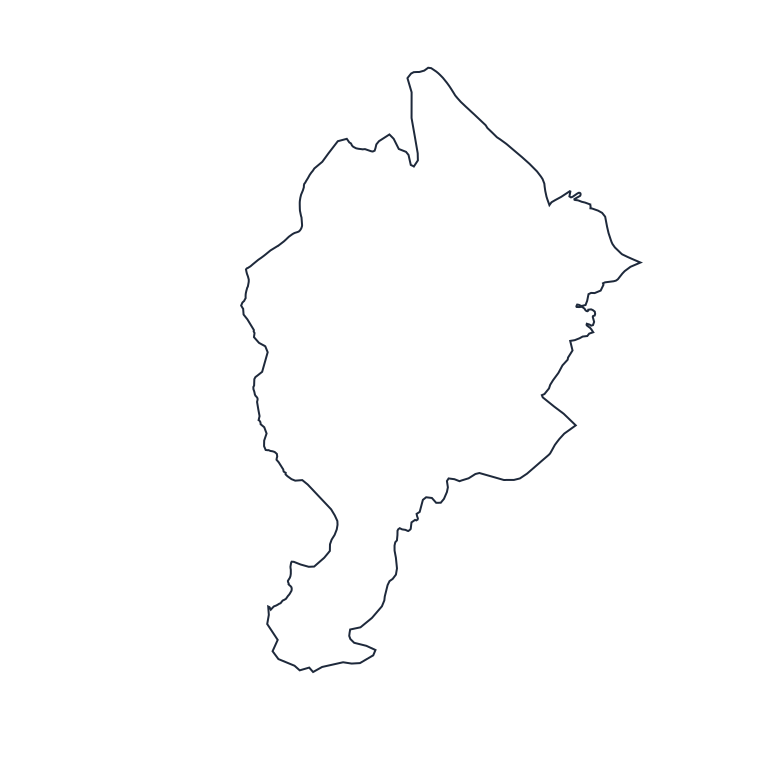 outline of Penukal Abab Lematang Ilir, Sumatera Selatan, Indonesia, rotated 305°
{"feature_id": "22746128B2393542990028", "entity_name": "Penukal Abab Lematang Ilir", "entity_type": "district", "adm_level": 2, "iso_a3": "IDN", "parent_name": "Indonesia", "parent_adm1": "Sumatera Selatan", "projection": "orthographic", "projection_center": [103.991, -3.208], "detail": "fine", "context": "isolated", "style": "outline", "palette": "slate", "viewbox_px": 768, "rotation_deg": 305, "n_neighbors": 0, "source": "geoboundaries", "source_scale": "gbopen_adm2", "svg_char_len": 6009}
<svg xmlns="http://www.w3.org/2000/svg" viewBox="0 0 768 768"><g transform="rotate(305 384 384)"><path d="M590.9,248.7L591.3,246.5L591.5,245.3L580.0,240.6L575.9,240.3L572.1,241.8L570.0,242.4L569.8,242.5L568.2,241.6L567.9,241.3L567.3,240.0L565.5,233.7L563.9,231.8L563.9,231.7L562.0,228.1L561.1,226.0L560.8,223.9L560.7,222.2L561.1,220.8L562.1,219.0L562.0,217.0L563.5,212.9L556.4,206.9L541.1,206.2L530.6,206.0L520.6,203.3L517.8,203.4L515.5,203.2L512.7,203.2L509.0,203.6L505.3,203.8L503.9,204.0L502.2,203.9L500.7,204.5L499.2,205.5L496.1,206.5L491.5,207.5L488.7,208.6L485.6,210.1L484.0,211.1L482.6,212.1L481.5,212.9L479.6,214.3L477.8,215.7L474.1,219.6L473.1,220.9L467.0,225.9L466.0,226.4L463.9,227.0L461.7,227.1L459.9,226.7L458.6,225.8L456.4,224.1L454.4,223.1L452.7,222.5L450.1,221.6L445.6,220.7L443.4,220.2L436.4,218.0L436.4,217.9L428.3,214.4L422.2,212.7L419.9,212.0L416.9,211.0L413.7,209.8L407.3,208.0L403.8,207.1L401.7,206.2L401.3,206.1L400.3,205.4L398.9,205.2L398.7,205.2L397.0,207.0L395.7,208.5L394.1,210.8L393.1,212.0L392.0,213.3L390.1,214.6L385.7,216.6L384.5,216.7L381.4,217.8L379.2,218.7L377.7,219.5L376.2,220.5L375.0,221.4L372.9,221.6L371.9,221.8L370.5,221.5L369.5,221.3L366.3,222.0L365.0,224.9L364.9,225.4L360.4,229.1L360.3,229.3L358.6,235.0L353.6,246.4L353.5,246.5L352.3,247.1L351.5,248.7L347.8,250.6L346.0,258.0L346.8,265.1L343.3,270.5L324.1,277.2L318.7,275.6L315.9,274.7L313.6,275.0L308.2,278.5L306.6,278.7L304.9,280.0L304.5,280.5L303.9,281.4L303.1,282.4L302.8,282.7L302.2,283.4L301.7,283.8L300.7,285.3L300.5,286.5L300.3,287.1L300.1,287.9L299.6,288.7L298.7,289.4L298.0,289.7L297.0,290.1L296.5,290.3L291.3,295.4L291.2,295.5L286.3,300.5L282.5,302.0L282.6,302.7L282.1,304.2L281.2,305.3L280.3,306.0L279.9,310.7L276.1,316.2L268.9,318.3L264.3,321.4L262.1,324.9L262.8,326.3L263.6,327.4L264.0,329.3L265.0,331.4L265.6,333.4L265.3,336.3L263.4,338.1L261.7,338.7L260.3,339.4L259.5,342.6L256.2,350.5L254.8,351.9L254.7,352.2L254.8,353.8L254.9,354.4L253.5,355.2L253.1,357.8L253.0,362.8L253.9,366.7L258.4,372.2L257.9,379.2L252.0,407.8L251.0,412.6L248.1,419.1L245.0,424.4L242.0,426.7L237.8,428.7L232.1,430.1L227.8,430.3L226.4,430.4L221.7,431.7L216.2,435.4L207.4,434.7L194.4,431.5L191.1,427.2L188.3,419.2L186.6,412.1L185.5,410.3L184.5,410.4L183.3,410.9L180.6,412.2L179.4,413.2L178.4,414.2L175.1,416.5L173.1,417.5L172.0,417.8L171.3,418.0L167.6,418.2L167.0,418.7L166.5,419.4L165.9,420.4L165.2,420.7L164.9,422.2L164.9,423.1L164.4,424.8L163.3,425.9L162.8,426.2L161.6,426.8L158.1,427.1L156.9,427.1L155.5,426.9L151.8,426.9L150.0,426.1L148.5,425.2L147.1,425.1L145.1,425.0L143.7,424.1L142.2,423.5L140.6,422.7L139.9,422.2L138.5,421.3L134.2,420.7L135.5,418.3L135.5,417.8L135.4,417.4L135.3,416.8L128.8,422.1L120.4,426.0L113.4,443.7L101.2,446.0L98.1,455.3L101.9,472.3L101.1,479.2L108.8,485.4L107.4,491.1L116.7,495.6L132.6,510.1L136.4,517.8L141.6,524.4L155.6,530.8L161.2,529.6L159.4,519.7L154.9,508.0L155.8,502.7L157.7,500.0L160.5,498.5L163.5,497.1L171.2,504.3L185.5,508.3L200.7,509.8L206.9,508.4L210.4,506.5L221.3,502.3L225.7,501.6L229.3,502.9L234.7,503.1L240.4,500.4L248.5,493.4L253.5,488.3L254.3,487.7L257.7,485.3L260.8,484.0L263.3,484.3L267.9,481.7L271.6,479.2L273.2,479.0L274.9,479.6L275.3,482.2L276.8,485.2L277.3,487.8L277.5,488.2L279.1,488.8L280.6,489.0L286.4,485.9L290.5,487.4L290.8,488.7L292.2,489.3L293.3,488.9L294.8,486.8L296.3,485.2L299.7,486.6L311.4,482.3L315.4,483.5L318.1,488.6L316.6,494.9L319.3,498.6L324.3,499.0L331.6,497.5L336.0,495.6L340.6,491.2L343.7,491.1L346.3,496.1L346.4,496.3L347.7,501.6L349.4,502.8L355.3,507.4L359.8,509.3L362.7,510.5L365.8,513.2L371.0,528.2L374.1,537.2L380.0,545.5L384.6,549.5L392.6,552.6L411.4,557.3L420.4,559.6L422.3,559.9L425.7,559.6L432.1,558.9L435.8,559.0L439.7,559.2L446.7,560.1L460.1,564.8L462.7,548.2L463.1,536.4L464.1,521.7L465.4,519.7L467.8,521.2L475.0,521.7L478.7,520.6L484.1,520.3L492.2,520.5L493.3,520.5L501.6,519.5L509.3,520.5L511.2,519.6L519.6,519.2L526.1,511.8L529.3,515.1L533.7,518.0L536.8,519.5L539.9,523.0L543.0,523.2L546.4,525.7L546.7,524.9L547.6,522.8L548.2,520.6L548.2,519.3L548.3,516.8L548.6,516.0L549.7,515.6L550.6,518.4L550.6,520.2L552.1,521.4L555.4,520.5L558.7,516.5L559.7,516.3L560.9,517.3L562.5,516.8L564.2,515.1L564.3,512.5L563.9,510.8L562.0,508.7L561.1,509.2L560.3,508.9L559.9,508.0L560.0,506.7L560.7,505.1L560.8,503.2L560.7,501.7L559.0,499.8L557.6,497.6L558.0,497.0L559.0,496.8L559.9,496.7L560.6,498.2L561.1,501.0L564.3,503.8L568.7,502.7L574.9,500.0L577.4,501.4L579.3,504.4L584.8,507.9L591.1,506.9L592.1,505.6L594.1,506.8L595.1,507.9L599.9,513.2L601.7,514.7L603.9,515.5L611.1,515.9L614.5,516.4L621.4,518.7L630.6,524.4L629.2,517.8L627.8,510.7L626.8,504.6L627.0,502.9L627.4,500.5L628.3,494.8L629.7,490.9L630.8,489.0L632.0,487.3L636.4,481.4L640.8,476.5L647.9,469.2L649.3,464.5L648.8,459.9L647.1,453.8L646.3,452.3L646.6,452.1L647.3,451.9L647.7,451.5L648.2,451.1L648.7,450.7L649.2,449.7L649.3,449.7L647.9,444.5L646.7,441.5L645.9,438.2L645.4,436.9L644.8,435.9L644.2,434.6L644.2,434.3L644.7,433.9L649.7,436.3L650.2,436.6L650.9,436.7L651.7,436.5L652.2,436.2L652.8,435.6L652.9,434.8L652.6,434.2L652.1,433.8L652.1,433.7L650.9,433.1L645.5,431.1L644.1,430.1L644.0,428.3L649.3,425.9L649.2,425.9L646.2,424.7L638.9,421.8L632.9,418.8L629.0,417.0L626.9,416.9L625.4,416.9L629.1,411.7L630.7,409.6L630.9,409.4L634.6,405.4L637.8,402.4L640.1,400.4L642.8,396.4L643.9,393.7L645.9,387.4L647.8,376.9L649.0,366.8L649.9,356.9L650.8,347.4L650.9,345.6L651.0,338.6L650.9,335.0L651.9,329.1L653.0,321.9L654.3,318.8L655.2,312.6L656.7,302.4L657.1,299.3L657.7,295.1L658.1,292.0L659.1,285.2L660.3,280.1L661.2,276.8L662.1,274.8L664.3,269.6L665.6,266.3L666.8,262.8L668.6,256.6L669.3,252.9L669.7,250.2L669.9,247.6L669.8,241.5L668.4,238.8L664.9,237.6L663.8,237.2L660.7,234.7L659.8,233.9L658.2,231.7L656.5,229.5L653.8,228.1L648.8,227.8L648.0,227.8L647.5,228.4L638.8,239.3L617.7,254.0L614.9,256.8L604.6,267.1L592.3,279.3L586.6,283.5L579.3,283.7L579.3,283.1L578.9,280.9L578.8,280.3L585.7,272.7L586.8,268.9L585.0,261.3L590.4,251.3L590.9,248.7Z" fill="none" stroke="#1e293b" stroke-width="2"/></g></svg>